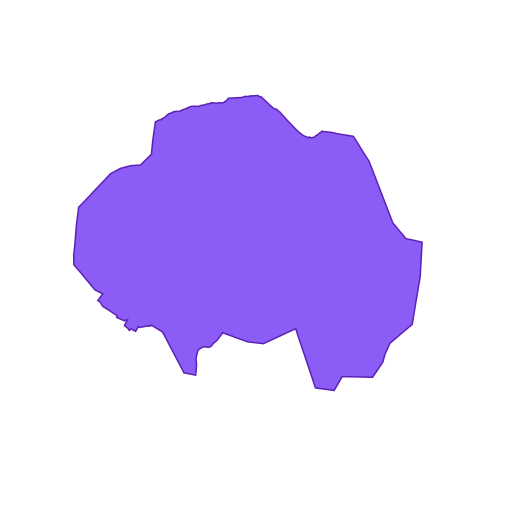 outline of Enschede, Overijssel, Netherlands, rotated 231°
{"feature_id": "6326949B24247619759097", "entity_name": "Enschede", "entity_type": "district", "adm_level": 2, "iso_a3": "NLD", "parent_name": "Netherlands", "parent_adm1": "Overijssel", "projection": "albers", "projection_center": [6.885, 52.223], "detail": "fine", "context": "isolated", "style": "filled", "palette": "violet", "viewbox_px": 512, "rotation_deg": 231, "n_neighbors": 0, "source": "geoboundaries", "source_scale": "gbopen_adm2", "svg_char_len": 5746}
<svg xmlns="http://www.w3.org/2000/svg" viewBox="0 0 512 512"><g transform="rotate(231 256 256)"><path d="M104.5,334.3L106.1,336.1L110.4,341.0L110.5,341.1L110.7,341.3L117.1,348.5L117.9,349.4L118.5,350.1L120.2,351.9L122.8,355.0L123.9,356.2L128.5,361.4L131.5,364.8L135.0,368.8L136.5,370.5L162.2,393.8L170.3,387.4L172.2,385.9L172.5,385.6L173.2,385.0L175.2,383.5L178.4,383.4L181.9,383.4L182.2,383.4L184.2,383.3L185.9,383.3L186.6,383.3L188.4,383.3L190.3,383.3L192.3,383.2L194.6,383.2L195.6,383.2L196.3,383.4L200.7,384.8L204.7,386.1L205.5,386.4L205.7,386.5L206.6,386.7L207.2,386.9L208.0,387.2L209.4,387.6L209.8,387.8L210.9,388.1L219.2,390.8L234.0,395.6L238.3,397.0L250.7,401.0L253.8,402.0L254.6,402.3L255.8,402.6L258.0,403.4L260.7,403.7L262.8,403.9L265.3,404.2L273.2,405.2L275.5,405.5L277.2,405.7L279.0,405.9L280.2,406.1L281.1,406.2L286.1,406.8L287.7,407.0L292.3,402.9L298.0,397.8L301.1,395.2L302.8,393.8L304.2,392.8L305.2,391.8L307.9,389.1L308.6,388.4L309.0,388.0L310.6,386.5L311.4,385.8L311.7,385.5L311.5,385.1L311.3,384.7L311.3,384.2L311.3,383.8L311.5,383.1L311.6,382.1L311.6,381.9L311.6,381.6L311.3,380.8L311.2,380.3L311.3,380.0L311.6,379.7L311.7,379.4L311.8,379.1L311.8,378.4L311.8,377.9L311.7,377.9L311.6,376.7L311.6,376.4L311.7,376.2L311.9,375.8L312.2,375.1L312.9,373.5L313.0,373.3L313.2,373.1L313.6,372.8L315.0,372.4L314.9,371.1L316.8,370.2L317.2,370.0L317.1,369.9L318.6,369.2L319.9,368.5L320.6,368.3L323.1,367.8L326.2,367.1L330.7,366.6L344.1,365.5L345.9,365.5L347.8,365.4L349.0,365.3L349.7,365.2L349.9,365.2L350.3,365.2L350.7,365.2L351.2,365.2L352.4,365.2L352.9,365.1L353.2,365.1L353.9,364.8L355.0,364.6L355.5,364.5L355.8,364.5L356.6,364.4L357.0,364.4L357.5,364.0L358.2,363.5L358.5,363.3L358.7,363.1L358.8,362.9L359.0,362.8L359.4,362.6L361.2,362.2L361.4,362.2L362.0,362.3L362.2,362.2L362.6,362.2L363.0,361.9L363.4,361.9L363.8,361.8L364.1,361.8L368.4,361.2L372.5,360.7L376.7,360.1L378.0,358.6L379.3,358.7L381.7,355.4L384.4,351.7L384.0,351.4L387.0,347.8L388.4,344.2L391.5,340.2L392.8,338.2L395.3,334.8L396.0,333.6L395.4,331.5L395.6,329.4L395.8,326.5L398.4,323.9L399.2,321.8L403.3,317.8L403.0,317.4L405.3,312.8L406.2,310.4L407.7,307.9L408.5,305.4L409.3,304.5L410.1,303.5L410.7,302.7L410.8,302.8L410.9,302.7L411.0,302.4L411.7,301.7L411.8,301.6L412.0,301.4L412.7,300.3L412.9,300.0L413.2,299.5L413.4,299.0L413.5,298.5L414.0,296.9L414.3,296.2L414.0,296.1L414.3,295.1L415.0,293.1L416.0,290.3L416.1,290.1L416.2,289.8L416.0,289.6L416.1,289.3L416.2,288.7L416.3,288.4L416.5,287.9L416.6,287.6L416.8,287.3L416.9,287.2L417.0,287.0L417.1,286.9L417.3,286.6L417.7,286.1L418.4,285.3L418.5,285.1L418.8,284.7L419.0,284.3L419.5,283.6L419.6,283.4L419.7,283.1L419.8,283.0L419.9,282.6L420.0,282.5L420.0,282.3L420.1,281.9L420.3,281.1L420.4,280.4L420.5,280.1L420.6,279.8L420.7,279.5L421.1,278.5L421.3,278.1L421.4,277.7L421.5,277.3L421.5,277.0L421.5,276.6L421.5,276.4L421.5,275.5L421.5,275.2L421.3,274.4L421.2,274.0L421.2,273.8L421.2,273.6L421.3,272.8L421.3,272.7L421.3,272.3L421.3,272.1L421.3,271.7L421.4,271.2L421.5,270.8L421.6,270.2L421.9,269.3L422.0,269.2L421.9,268.9L421.7,268.7L421.5,268.4L422.0,267.6L422.6,266.2L422.9,265.6L422.9,265.3L423.1,264.5L423.2,263.4L423.3,263.0L423.5,262.5L423.6,262.4L420.4,258.8L415.8,253.9L411.1,248.8L407.6,245.4L402.0,239.8L400.9,238.8L400.9,238.1L400.5,234.6L399.4,223.4L400.8,221.4L401.4,220.6L402.2,219.5L405.0,215.5L405.8,213.7L407.0,211.3L408.1,208.6L409.1,206.4L409.5,205.6L409.5,205.3L409.7,204.3L409.8,203.7L410.1,202.0L410.7,198.9L411.5,195.0L411.5,194.8L410.9,190.0L410.4,186.6L410.0,183.8L409.3,178.2L408.3,170.4L407.8,167.1L406.6,158.1L405.5,148.9L401.8,145.1L400.7,143.9L400.0,143.2L398.4,141.5L396.0,139.0L395.2,138.2L393.9,136.8L392.6,135.5L390.6,133.5L388.9,131.9L387.1,130.2L383.6,126.9L378.6,122.1L375.0,118.5L371.7,115.1L369.3,113.2L363.8,108.9L361.0,109.0L357.1,109.1L352.6,109.3L346.9,109.3L339.9,109.4L337.2,109.4L332.6,109.5L331.0,109.5L330.9,109.5L330.7,109.6L330.0,110.0L327.9,110.9L325.7,111.9L323.1,113.1L322.5,110.8L321.9,108.6L321.4,106.8L321.0,105.2L320.9,105.0L318.9,105.7L318.3,105.9L313.2,105.2L300.0,109.6L296.7,110.5L296.1,109.3L296.0,109.1L291.8,111.2L290.9,111.7L288.3,113.0L288.4,114.1L287.4,116.0L284.7,110.0L280.9,110.8L280.4,110.9L280.2,110.9L277.9,110.7L278.0,113.0L273.2,115.0L274.2,117.5L275.2,119.9L275.0,120.0L273.9,120.3L273.5,121.0L272.7,122.5L269.9,127.5L269.2,128.8L268.8,128.7L268.4,129.4L268.3,129.6L268.1,129.9L268.5,130.2L268.4,130.3L267.9,131.2L263.3,132.9L261.3,133.6L255.8,135.5L254.8,135.3L249.8,134.4L237.5,131.9L210.5,126.5L201.4,134.1L201.7,134.5L201.9,134.6L202.0,134.8L204.8,137.5L208.0,140.6L208.2,140.8L210.7,142.6L214.1,144.9L217.0,148.5L217.6,149.4L218.9,150.9L219.3,153.2L219.3,153.5L218.7,157.4L218.6,158.0L216.8,159.8L216.0,160.6L214.7,161.9L214.3,163.3L214.1,164.3L214.8,167.6L214.9,168.7L215.0,172.0L215.0,172.6L215.3,174.1L215.5,174.9L215.9,176.3L216.1,177.3L217.0,180.9L217.5,181.8L216.5,182.3L210.7,185.8L206.9,188.1L204.1,189.7L200.4,192.0L195.6,194.8L194.7,195.4L194.1,195.9L187.9,202.0L186.7,203.2L183.2,206.6L182.5,209.3L182.3,210.4L181.6,212.9L178.0,227.3L174.6,241.1L170.2,239.4L160.5,235.8L147.1,230.8L129.9,224.4L116.1,219.2L114.6,220.5L107.5,227.3L107.3,227.4L106.4,228.3L105.7,228.9L104.2,230.4L102.3,232.1L103.6,235.4L105.5,240.5L106.5,243.0L108.0,247.0L105.5,250.0L101.4,255.0L100.4,256.1L99.6,257.2L96.7,260.5L88.4,270.3L89.2,273.0L90.7,277.9L90.8,278.3L92.9,285.0L93.1,285.7L93.2,286.0L93.9,288.2L98.0,293.6L98.6,294.7L98.8,295.0L99.2,295.7L99.3,296.0L99.6,296.5L99.9,297.4L101.5,300.3L101.7,300.8L102.0,301.4L103.0,303.3L103.9,305.0L103.9,307.2L104.0,308.9L104.0,310.0L104.0,310.8L104.2,317.3L104.3,319.4L104.3,321.5L104.4,324.4L104.4,327.8L104.5,330.8L104.5,333.8L104.5,334.3Z" fill="#8b5cf6" stroke="#5b21b6" stroke-width="1.5"/></g></svg>